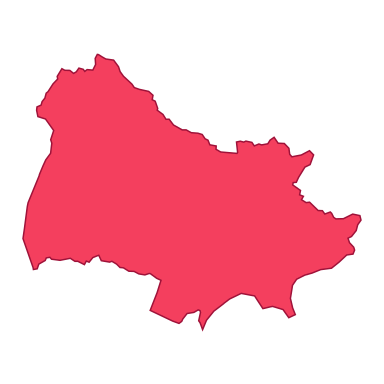 Naguabo, Puerto Rico (Robinson projection)
{"feature_id": "32010507B83389329504851", "entity_name": "Naguabo", "entity_type": "district", "adm_level": 2, "iso_a3": "PRI", "parent_name": "Puerto Rico", "parent_adm1": "", "projection": "robinson", "projection_center": [-65.745, 18.235], "detail": "fine", "context": "isolated", "style": "filled", "palette": "rose", "viewbox_px": 384, "rotation_deg": 0, "n_neighbors": 0, "source": "geoboundaries", "source_scale": "gbopen_adm2", "svg_char_len": 2527}
<svg xmlns="http://www.w3.org/2000/svg" viewBox="0 0 384 384"><path d="M148.7,91.4L139.5,89.4L134.3,87.6L132.0,84.2L123.5,76.3L120.1,71.6L118.5,66.7L113.6,60.1L105.8,59.0L102.3,57.0L98.5,54.6L97.3,54.4L95.2,58.4L95.6,64.5L92.8,70.1L87.1,69.6L84.8,71.4L83.2,69.3L78.9,68.1L76.3,71.8L73.6,73.4L69.8,70.4L64.8,70.3L61.9,68.7L57.2,76.4L57.7,79.0L53.1,83.8L48.0,91.7L46.2,93.2L44.9,98.1L42.1,101.6L41.1,105.1L37.0,106.9L36.6,110.2L37.9,116.6L45.5,119.0L53.7,130.5L50.7,139.7L51.8,143.2L50.6,153.3L45.8,159.8L43.0,165.9L39.5,174.3L39.1,175.9L28.1,202.7L27.3,206.6L24.4,228.9L23.0,238.6L33.1,267.6L33.4,269.5L37.2,268.8L38.8,264.1L45.2,260.5L46.3,257.9L49.9,257.3L51.5,259.2L60.0,260.3L70.3,258.3L74.9,261.3L77.8,261.3L84.4,264.6L86.3,261.1L89.1,262.2L92.8,257.6L97.2,255.8L98.8,255.3L101.3,260.7L109.6,262.1L111.9,261.3L116.6,264.1L120.0,267.5L123.4,267.8L128.8,271.2L134.1,271.4L138.8,273.9L144.9,274.9L149.1,273.5L150.3,273.6L156.7,278.3L161.0,280.3L157.1,292.7L150.2,310.4L172.7,321.1L179.0,323.4L181.7,321.4L182.8,319.0L187.1,313.5L193.9,312.4L198.2,309.9L200.0,310.6L200.5,312.4L198.7,320.8L200.1,322.8L202.6,329.6L206.5,320.2L213.9,311.1L219.8,306.6L223.7,303.6L223.8,303.4L229.6,299.0L230.8,298.4L231.0,298.3L241.2,293.4L245.5,294.2L252.3,295.5L254.6,295.9L257.4,300.2L262.9,308.6L264.7,308.2L270.0,306.9L272.6,306.4L279.6,308.5L283.1,309.6L284.6,311.8L288.8,317.7L295.3,314.6L292.5,307.6L292.5,307.3L290.4,298.4L291.8,289.8L292.5,285.3L296.1,280.0L296.7,279.2L304.6,275.2L306.2,274.7L307.6,274.4L308.0,274.2L312.0,273.1L320.7,269.6L331.5,268.2L339.1,262.1L346.7,255.0L351.4,254.3L353.0,254.1L354.6,250.1L353.7,247.2L349.5,242.7L348.0,238.2L351.5,236.5L356.2,230.6L357.7,224.8L361.0,220.1L359.9,215.6L352.7,214.1L343.4,218.7L335.9,218.9L333.7,217.4L331.7,213.4L330.3,212.0L324.8,214.0L322.4,210.7L318.1,210.5L309.6,202.2L306.1,202.6L301.5,199.7L303.4,196.3L299.6,194.8L300.5,190.5L292.7,184.9L293.2,182.6L296.3,182.3L298.5,177.5L304.9,167.1L310.1,164.6L313.6,154.9L309.5,150.7L301.3,155.0L291.9,156.8L289.7,154.3L288.9,148.3L287.1,146.4L284.3,143.5L278.1,143.2L274.1,137.3L270.1,140.1L267.8,143.8L261.6,144.9L258.9,144.0L254.3,145.9L251.9,142.4L245.9,141.1L243.7,142.1L240.3,141.2L236.5,142.0L237.6,152.4L237.0,153.4L220.7,152.0L216.0,149.3L216.2,146.0L209.8,144.8L208.0,140.2L205.1,138.8L202.2,134.5L197.9,133.2L191.3,132.7L186.2,129.9L182.2,129.9L173.5,125.0L169.1,119.2L166.0,119.3L163.0,114.5L157.2,110.2L157.7,108.4L155.2,101.2L152.2,99.7L153.0,95.3L148.7,91.4Z" fill="#f43f5e" stroke="#9f1239" stroke-width="1.5"/></svg>